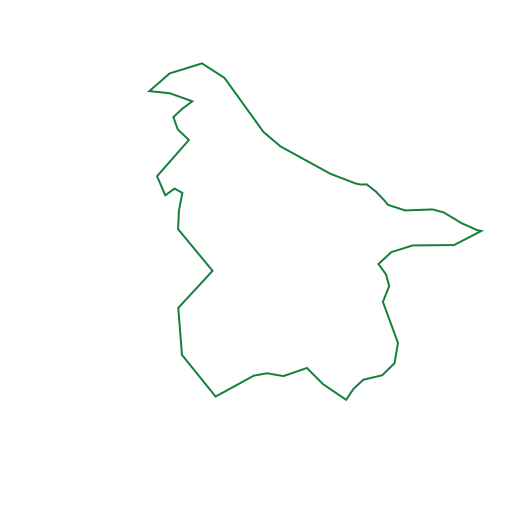 the District of Rezina, rotated 302°
{"feature_id": "MDA-1644", "entity_name": "Rezina", "entity_type": "District", "adm_level": 1, "iso_a3": "MDA", "parent_name": "Moldova", "parent_adm1": "", "projection": "mercator", "projection_center": [28.881, 47.706], "detail": "fine", "context": "isolated", "style": "outline", "palette": "green", "viewbox_px": 512, "rotation_deg": 302, "n_neighbors": 0, "source": "natural_earth", "source_scale": "10m", "svg_char_len": 833}
<svg xmlns="http://www.w3.org/2000/svg" viewBox="0 0 512 512"><g transform="rotate(302 256 256)"><path d="M181.8,408.6L182.8,380.9L188.0,358.5L168.7,342.9L162.4,327.5L153.4,317.6L115.4,296.2L132.9,245.6L170.8,217.6L220.4,227.0L237.5,175.7L253.6,166.6L270.5,160.1L270.0,151.2L259.4,146.9L271.2,129.8L318.8,137.6L321.9,122.6L330.0,112.3L341.9,115.5L353.4,120.0L348.3,96.6L339.4,78.4L339.3,78.2L365.1,86.0L365.3,86.2L390.7,108.1L390.3,135.0L365.1,196.7L361.9,219.0L365.1,275.3L370.3,302.1L371.9,306.5L375.4,312.0L374.1,324.0L371.0,335.9L369.3,340.8L373.7,358.4L389.1,381.1L392.4,392.1L392.8,413.0L395.2,430.2L396.6,433.8L370.2,418.1L348.0,383.3L331.0,368.7L314.1,364.1L309.3,376.0L301.1,384.9L284.4,387.9L257.5,422.5L238.4,430.3L221.7,426.2L208.0,412.6L195.1,409.1L181.8,408.6Z" fill="none" stroke="#15803d" stroke-width="2"/></g></svg>